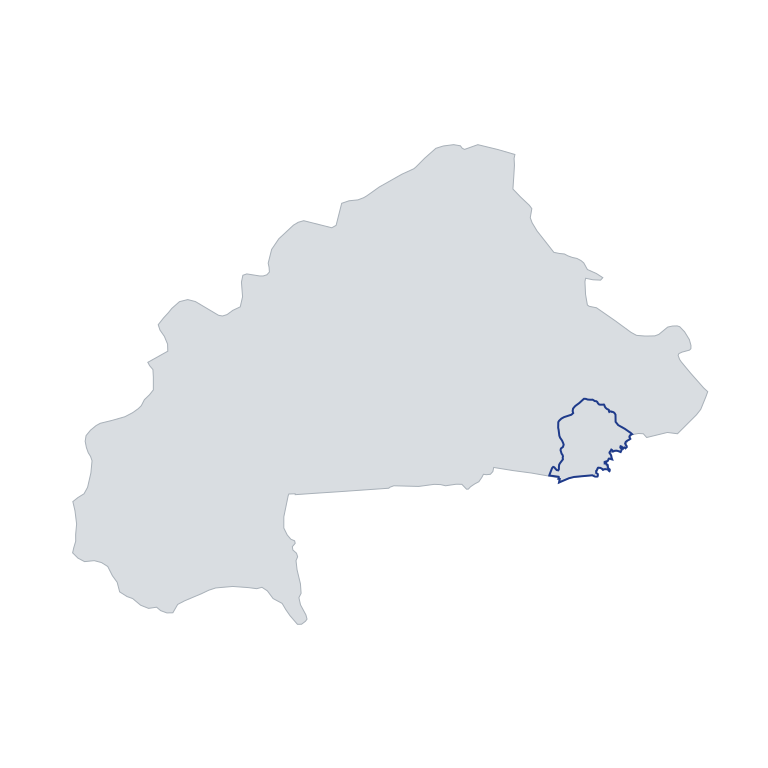 Kompienga on a map of Burkina Faso (orthographic projection), rotated 356°
{"feature_id": "BFA-2183", "entity_name": "Kompienga", "entity_type": "Province", "adm_level": 1, "iso_a3": "BFA", "parent_name": "Burkina Faso", "parent_adm1": "", "projection": "orthographic", "projection_center": [0.977, 11.426], "detail": "fine", "context": "in_parent", "style": "outline", "palette": "blue", "viewbox_px": 768, "rotation_deg": 356, "n_neighbors": 0, "source": "natural_earth", "source_scale": "10m", "svg_char_len": 5494}
<svg xmlns="http://www.w3.org/2000/svg" viewBox="0 0 768 768"><g transform="rotate(356 384 384)"><path d="M585.4,489.6L564.4,490.4L556.7,492.7L552.1,492.7L551.9,490.8L551.4,489.7L524.9,483.1L506.4,479.3L487.6,474.9L486.5,478.9L483.8,481.5L479.7,481.6L476.9,481.0L475.0,484.1L471.8,488.1L467.5,490.0L463.2,492.5L460.8,494.7L459.0,494.7L454.7,489.5L449.0,489.0L438.3,489.8L433.5,488.3L427.0,487.6L411.4,488.6L386.7,486.2L382.6,487.4L381.5,488.3L357.0,488.3L330.0,488.3L307.5,488.2L287.7,488.2L287.7,487.3L281.4,487.1L280.6,488.8L274.8,509.5L274.0,520.7L276.9,527.8L280.2,532.3L283.9,534.2L284.3,536.7L281.2,539.9L281.5,543.2L284.9,546.7L285.8,550.3L283.9,554.1L284.3,563.2L286.7,577.6L286.7,587.0L284.2,591.2L285.3,598.5L290.0,608.9L290.8,613.2L289.1,615.2L285.0,617.9L280.9,617.7L276.2,611.4L274.1,608.6L270.3,602.2L267.1,595.8L262.7,593.0L258.4,590.3L253.2,582.2L248.1,578.3L242.7,579.3L234.9,577.7L219.0,575.4L201.9,575.7L194.8,577.5L187.7,580.3L169.9,586.4L162.8,589.5L157.4,597.5L151.4,597.2L145.4,594.5L141.6,590.8L133.5,591.4L125.8,587.7L118.3,580.5L112.8,578.1L105.8,572.9L104.0,563.2L99.7,556.3L95.7,546.8L89.7,542.4L82.6,540.0L72.9,540.3L66.6,536.4L61.6,530.7L63.0,526.0L65.5,519.3L65.9,512.7L67.6,502.2L66.9,488.9L65.4,479.6L70.8,475.9L77.1,472.6L81.1,466.4L85.4,452.3L87.4,440.2L86.2,435.7L84.2,432.0L82.7,426.7L81.9,420.3L83.2,414.7L88.0,409.6L93.9,405.4L98.2,403.4L109.3,401.5L123.2,398.6L131.2,395.1L137.1,391.5L140.4,388.7L143.9,382.9L149.3,378.4L153.5,373.8L154.4,360.9L154.5,353.5L151.5,349.4L149.9,345.9L170.6,336.2L170.9,329.1L168.2,321.1L164.3,314.6L162.9,309.1L168.7,302.7L173.8,297.9L177.6,293.8L185.7,287.6L194.1,286.1L201.6,288.6L223.7,303.9L227.6,304.9L232.3,303.8L238.3,300.0L246.0,297.0L249.0,287.1L248.9,272.4L250.8,265.7L254.8,264.6L267.7,267.6L271.0,267.8L274.8,266.9L277.5,264.3L277.5,259.6L276.9,255.4L281.3,241.9L289.2,231.8L304.8,219.2L309.7,216.7L315.3,215.5L342.8,224.5L347.3,222.4L354.4,200.8L361.9,198.8L370.9,198.5L376.8,196.7L379.8,195.2L393.1,187.1L416.4,176.0L428.9,171.3L431.3,169.5L440.3,161.6L452.2,152.5L459.8,150.7L470.2,150.1L476.8,151.7L478.5,154.3L480.7,155.6L494.3,151.8L513.8,158.0L530.6,164.2L529.5,168.0L529.4,174.8L528.0,185.6L526.2,198.5L533.2,206.9L541.5,215.9L543.7,219.4L541.5,228.3L543.0,233.5L547.4,242.1L554.9,253.1L562.6,264.5L568.0,266.0L573.1,266.9L576.2,268.9L580.7,270.9L585.2,272.2L589.1,274.6L591.7,277.1L594.9,284.0L603.6,288.6L609.7,293.2L607.3,295.5L599.7,294.6L592.5,292.6L591.6,295.9L591.3,308.7L592.4,319.4L594.1,320.8L601.3,322.8L618.5,336.6L634.0,349.7L639.3,353.1L647.9,354.4L657.5,354.9L661.6,353.7L671.0,347.0L675.9,346.3L680.5,346.5L683.0,347.5L687.5,352.9L691.7,361.0L692.9,367.0L692.6,370.2L691.1,371.5L683.5,373.0L680.2,374.3L679.4,376.0L680.6,380.1L682.1,382.7L690.5,394.4L702.6,410.2L706.4,414.2L704.3,419.0L698.2,431.4L693.6,436.5L673.3,454.1L663.3,452.1L642.3,455.7L639.2,451.7L634.3,451.1L628.2,451.8L626.0,453.4L625.4,455.1L623.2,457.5L619.3,464.5L616.3,466.2L612.6,467.3L608.0,467.2L605.4,468.1L605.3,471.5L604.5,474.5L601.4,476.0L600.1,479.4L600.4,482.7L598.6,484.2L594.6,483.4L592.3,482.5L590.1,486.7L587.3,489.6L585.4,489.6Z" fill="#d9dde1" stroke="#a8b0b8" stroke-width="1"/><path d="M627.9,451.3L627.0,451.6L625.9,452.4L625.2,453.4L625.1,454.1L625.9,455.9L624.6,456.7L622.7,457.5L621.1,458.6L620.4,460.2L620.9,461.6L621.7,462.7L621.8,463.8L620.4,465.0L619.8,464.3L619.2,464.1L618.7,464.3L618.1,465.0L617.6,464.1L616.7,463.0L615.7,462.6L615.3,463.6L615.5,464.2L616.3,465.0L616.5,465.8L616.4,466.5L615.3,468.4L612.6,467.1L611.3,466.7L609.8,466.7L609.1,466.8L608.6,467.1L608.2,467.3L607.5,467.3L607.6,466.9L607.0,465.9L606.2,465.3L605.4,466.6L604.5,467.4L604.1,468.4L605.6,471.0L606.0,473.8L606.4,475.2L605.5,474.9L603.9,474.2L603.1,474.1L602.7,474.6L602.1,476.1L601.7,476.4L599.0,477.0L598.6,477.2L598.6,478.5L598.9,478.4L599.5,477.9L600.2,478.1L600.3,478.4L600.2,479.4L600.2,479.8L600.5,480.0L601.2,480.3L601.4,480.3L601.6,481.3L601.6,482.3L601.7,483.2L602.2,484.1L603.2,485.0L603.1,486.3L602.8,486.7L602.2,486.2L601.6,485.3L601.4,484.9L600.6,484.6L598.1,484.4L597.7,484.4L596.8,484.9L596.3,484.9L596.2,484.7L595.8,483.9L595.5,483.7L595.1,483.6L594.7,483.2L594.1,482.8L592.3,482.5L592.0,482.4L591.6,482.5L591.1,483.2L590.6,484.3L589.9,485.3L589.6,485.5L589.5,486.3L589.5,487.3L589.8,488.0L590.5,488.3L591.0,488.8L591.0,489.8L590.8,490.7L590.5,491.2L589.0,491.2L587.9,491.0L585.4,489.6L574.8,489.8L567.0,490.0L561.9,490.9L551.7,494.5L552.7,491.0L551.4,490.7L551.7,490.3L551.8,490.0L551.8,489.7L551.9,489.3L551.9,489.0L551.8,488.8L551.6,488.7L542.5,486.8L542.7,486.2L545.8,479.6L547.0,478.5L548.1,479.0L549.0,480.3L550.3,481.9L551.8,482.3L552.5,481.2L552.7,478.9L553.1,476.7L554.1,475.2L557.2,471.7L557.2,470.8L557.1,470.0L557.5,468.6L557.1,467.1L556.3,465.9L555.5,462.3L556.0,460.7L558.1,459.3L559.0,457.1L558.6,455.4L557.7,452.9L555.9,449.8L555.3,447.8L555.0,442.0L554.7,439.8L555.2,434.2L556.1,432.9L558.5,430.9L561.3,429.6L568.8,427.7L570.7,426.2L570.3,424.1L570.9,421.7L572.9,419.6L574.0,418.8L577.5,416.6L582.4,412.7L584.3,412.9L586.0,413.7L588.7,414.1L591.0,414.2L591.9,414.8L593.0,415.7L594.6,416.0L595.5,416.8L596.1,418.2L597.0,419.3L598.0,419.7L600.7,419.9L601.9,419.8L602.4,420.6L602.7,422.0L603.5,423.3L604.7,424.5L605.9,425.1L606.5,425.6L606.5,426.9L606.8,427.6L607.8,427.1L608.6,427.2L609.2,427.7L610.1,427.7L611.4,428.5L612.2,429.5L612.8,430.8L612.4,437.9L614.8,441.4L621.1,445.5L626.9,450.2L627.8,451.2L627.9,451.3L627.9,451.3Z" fill="none" stroke="#1e3a8a" stroke-width="2"/></g></svg>